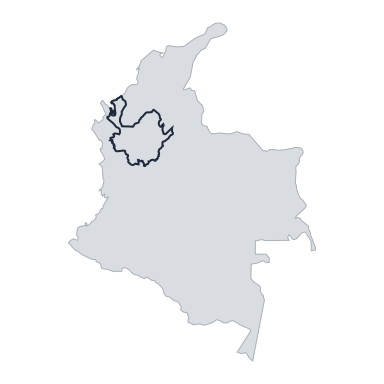 location of Antioquia within Colombia
{"feature_id": "COL-1314", "entity_name": "Antioquia", "entity_type": "Department", "adm_level": 1, "iso_a3": "COL", "parent_name": "Colombia", "parent_adm1": "", "projection": "orthographic", "projection_center": [-75.909, 7.152], "detail": "fine", "context": "in_parent", "style": "outline", "palette": "slate", "viewbox_px": 384, "rotation_deg": 0, "n_neighbors": 0, "source": "natural_earth", "source_scale": "10m", "svg_char_len": 9405}
<svg xmlns="http://www.w3.org/2000/svg" viewBox="0 0 384 384"><path d="M223.5,34.6L219.3,36.4L210.9,38.7L205.2,48.3L201.3,50.0L196.5,55.7L193.0,62.7L190.3,77.1L183.2,89.2L183.8,89.8L186.7,89.2L189.4,87.9L190.4,88.2L191.4,90.4L194.7,90.9L197.4,100.7L202.5,105.7L203.0,107.6L203.7,111.7L201.9,114.1L201.5,123.2L203.1,125.4L206.9,126.3L209.4,131.8L211.0,133.1L213.3,133.9L218.8,133.0L228.7,133.9L231.0,133.7L236.6,131.7L243.6,134.0L248.9,134.3L263.2,151.0L264.6,150.5L266.4,151.5L270.0,149.7L273.1,149.4L277.1,150.2L282.4,150.1L293.1,148.2L294.7,147.2L300.6,148.0L302.3,149.3L303.2,152.4L302.5,154.4L300.5,156.4L299.4,158.9L299.3,162.0L298.2,164.3L296.4,165.8L295.7,167.9L296.1,170.7L295.3,183.5L296.1,184.5L296.8,189.8L299.3,196.5L300.5,198.4L302.6,200.0L306.4,205.5L305.6,207.4L296.0,216.4L295.5,218.4L297.3,217.5L300.3,218.3L301.4,220.4L308.6,226.3L308.5,228.7L310.6,233.2L310.3,234.2L315.3,247.2L315.5,249.9L311.3,250.8L311.1,242.0L310.5,240.3L305.8,232.6L304.8,232.0L301.7,232.9L296.5,238.8L294.0,239.6L292.1,238.9L290.1,235.5L288.8,234.9L287.6,237.8L289.2,240.3L266.1,240.6L261.5,239.6L255.4,241.0L255.3,254.2L266.3,254.2L269.3,258.0L269.0,261.1L269.5,262.1L266.9,262.8L263.0,260.8L256.2,263.4L251.2,264.0L250.9,278.5L253.9,282.1L259.8,285.9L260.6,288.5L260.2,291.0L261.6,294.1L263.5,295.8L263.5,297.6L264.5,299.7L252.7,361.0L248.7,357.3L247.2,354.0L245.2,352.6L241.3,353.7L237.2,352.1L250.7,331.2L250.3,329.4L239.1,324.4L237.9,323.2L232.6,320.5L229.7,321.3L228.0,322.7L223.9,323.1L220.6,321.0L216.7,319.6L212.0,323.1L210.5,323.1L207.2,324.6L203.6,325.2L198.9,323.7L195.1,324.8L192.5,324.6L191.5,323.5L188.2,322.3L187.8,320.9L188.7,318.3L187.3,313.3L186.8,312.4L184.2,312.4L181.2,310.6L180.6,309.5L181.3,307.4L180.7,305.7L177.8,301.6L173.7,300.6L169.9,297.2L165.9,296.1L164.1,293.6L162.4,288.2L158.4,283.9L155.6,282.5L154.6,280.5L151.7,280.3L147.8,277.5L146.0,277.3L144.8,278.6L141.1,277.3L138.0,275.2L134.7,274.7L132.6,273.4L128.8,269.5L124.7,267.6L122.3,268.3L121.5,271.2L120.1,271.7L115.3,271.0L114.5,271.6L113.3,271.5L107.5,269.3L101.7,268.5L100.3,263.5L96.6,261.8L95.5,259.5L92.9,259.7L83.0,255.2L79.0,252.1L75.5,250.3L71.9,246.8L71.3,245.4L68.5,243.4L69.9,240.8L73.3,238.8L77.7,240.4L78.2,237.3L76.6,234.6L77.4,228.5L78.6,227.2L81.0,226.0L82.5,226.4L83.4,225.4L87.0,225.9L88.1,225.5L90.8,223.1L92.0,221.1L93.2,221.3L96.2,218.0L95.7,214.7L98.4,214.0L101.3,208.6L102.6,208.5L103.2,205.9L108.3,197.0L106.4,198.0L104.5,197.4L104.8,194.4L104.2,194.0L102.6,196.3L101.2,194.0L101.5,190.2L99.3,190.9L99.4,190.0L102.7,187.1L104.0,180.5L103.0,178.1L102.3,168.2L101.7,166.4L99.0,163.9L103.3,161.1L104.8,158.9L102.9,154.5L100.4,150.8L100.3,148.6L101.8,148.8L102.5,142.7L101.1,140.4L99.3,140.3L93.7,131.2L91.7,129.3L93.2,125.0L94.9,123.1L94.6,119.8L95.7,119.9L98.1,123.0L99.1,122.5L102.9,119.7L103.0,117.0L106.0,114.2L101.8,104.9L100.4,103.5L102.1,100.5L103.1,100.7L104.8,103.6L107.4,105.5L111.3,110.7L113.0,111.8L111.8,113.0L111.5,114.2L112.1,114.9L114.3,115.1L115.2,113.6L114.6,107.4L113.7,104.2L111.6,102.0L112.3,101.0L116.3,99.5L124.6,93.5L127.5,87.9L129.7,85.9L132.1,84.5L135.1,84.8L137.5,84.1L138.2,82.3L136.6,78.4L138.4,73.1L138.3,70.4L139.5,68.8L139.1,68.1L136.1,70.0L139.2,66.3L141.3,60.5L153.3,50.3L161.2,52.8L163.6,52.6L160.4,53.9L159.9,55.3L161.1,56.9L162.3,57.3L163.3,56.3L165.9,50.4L166.2,47.1L167.4,46.0L169.0,45.6L176.7,46.9L183.9,46.4L195.7,37.9L204.5,34.2L206.7,30.7L207.2,28.1L208.8,27.1L210.5,27.1L211.5,25.6L215.5,23.3L219.9,23.0L224.5,25.0L226.7,28.4L227.1,30.8L223.5,34.6ZM87.1,224.8L86.6,225.3L85.5,224.5L85.2,223.4L85.8,222.7L86.6,222.9L87.1,224.8Z" fill="#d9dde1" stroke="#a8b0b8" stroke-width="1"/><path d="M110.3,108.5L110.5,108.5L110.6,108.2L110.8,108.2L110.9,108.5L110.9,108.8L110.6,108.7L110.6,109.2L110.8,109.5L111.0,109.7L111.3,109.5L111.3,109.9L111.6,109.6L111.7,109.8L111.5,110.2L111.5,110.5L111.0,110.3L111.2,111.1L111.7,111.4L112.1,111.3L112.2,110.9L113.4,110.9L113.2,111.3L113.1,111.5L113.3,111.7L113.5,111.6L112.8,112.0L113.1,112.2L113.3,112.4L113.3,112.6L113.1,112.4L112.7,112.4L112.9,112.6L113.3,112.9L113.4,113.1L112.9,112.9L112.3,112.7L111.9,112.8L111.6,113.1L111.7,113.3L111.3,114.4L111.9,115.1L113.0,115.5L114.2,115.5L114.7,115.4L114.9,115.3L115.0,115.1L115.1,114.9L115.0,114.5L115.1,114.3L115.3,114.1L115.3,113.9L115.4,112.6L115.4,112.1L115.2,111.6L115.1,111.9L115.2,112.1L114.9,111.8L114.9,111.4L114.9,110.9L115.1,110.2L115.0,109.8L114.8,109.1L114.7,108.4L114.7,105.6L114.6,105.2L114.0,104.9L113.9,104.6L113.8,104.3L113.7,103.9L113.3,103.5L112.7,103.1L111.9,102.7L111.3,102.6L111.3,102.8L111.1,102.6L111.4,102.0L111.9,101.5L112.2,101.0L114.2,100.4L114.7,100.4L116.6,99.8L116.9,99.7L117.0,99.5L117.0,99.1L117.1,98.9L117.3,98.7L117.2,98.6L117.5,98.4L118.9,97.9L119.2,97.7L120.1,96.8L121.2,96.0L121.9,96.6L122.0,97.0L122.4,98.6L122.9,99.3L123.2,99.9L123.5,100.2L124.6,100.6L124.9,100.9L125.6,101.9L125.8,103.6L125.9,104.5L125.8,105.3L124.8,106.6L123.8,108.0L122.7,110.1L122.1,111.0L121.7,111.7L121.8,113.6L121.7,114.1L121.5,115.1L120.7,116.3L120.0,119.0L120.0,120.9L120.1,121.9L121.4,124.6L122.0,126.3L129.6,126.5L132.9,126.7L133.1,126.6L133.3,126.5L133.4,125.9L134.9,123.9L135.4,123.5L136.2,123.3L137.4,123.0L138.1,122.7L138.5,122.5L139.0,121.7L139.4,120.0L139.6,119.7L140.0,119.4L140.5,119.0L141.1,117.6L141.5,117.3L142.5,116.6L143.1,116.1L143.8,115.1L145.1,113.8L145.8,112.8L146.1,112.6L146.6,112.5L148.1,112.3L148.5,112.3L148.9,112.5L149.2,112.5L149.4,112.4L149.7,112.2L150.0,112.2L150.4,112.2L151.6,112.2L152.2,111.4L152.7,110.5L153.0,110.2L153.4,109.9L153.7,109.8L158.5,113.7L158.9,114.3L159.2,114.9L159.4,115.1L159.6,115.7L159.9,117.7L160.1,118.3L160.3,118.7L160.8,119.0L160.9,119.3L160.8,119.6L160.5,120.2L160.2,120.6L159.7,120.9L159.3,121.2L159.0,121.7L158.8,123.4L158.8,124.0L158.9,124.5L159.3,125.4L160.0,126.3L160.4,126.7L160.8,126.8L161.2,126.7L161.6,126.3L161.9,126.0L162.2,125.1L162.5,124.7L163.3,124.1L163.6,125.2L163.5,125.7L163.4,126.1L162.8,126.8L162.6,127.0L162.6,127.5L162.6,128.0L162.6,128.8L162.4,129.5L162.5,130.0L162.6,130.6L163.0,131.4L163.1,132.1L163.4,132.6L163.5,133.5L163.7,133.8L164.2,134.0L164.6,134.1L165.2,134.0L165.6,134.1L172.1,127.9L171.9,128.8L172.1,131.4L172.2,131.9L172.7,132.5L172.8,132.8L172.9,133.6L172.7,134.2L172.2,134.5L170.5,135.4L170.4,135.5L170.2,135.8L169.4,136.7L168.8,137.9L168.5,138.3L164.8,141.1L164.0,141.5L163.2,141.6L162.9,141.7L162.4,142.9L162.5,144.8L162.5,145.0L162.9,145.4L163.0,145.6L163.0,145.8L162.9,146.1L162.6,146.3L162.3,146.2L161.4,147.6L160.9,148.2L159.6,149.1L159.2,149.5L159.0,150.1L158.8,150.9L158.6,151.4L158.5,151.7L158.5,152.0L158.9,152.5L159.0,152.9L159.1,153.2L159.0,154.0L159.1,154.4L159.0,154.6L158.5,154.9L158.5,155.3L158.8,156.1L158.7,156.3L158.4,156.4L158.2,156.7L157.9,157.0L157.8,157.3L157.6,158.6L157.3,159.1L157.2,159.2L156.9,159.0L156.5,159.0L156.3,159.1L156.0,159.7L155.9,160.1L155.7,160.6L155.0,160.8L154.8,160.7L154.0,160.2L153.6,159.8L153.2,159.7L152.0,159.9L150.7,160.3L150.3,160.9L150.0,161.1L149.4,161.4L148.6,161.4L148.6,162.0L148.6,162.7L148.5,163.0L147.8,163.8L147.8,164.0L147.6,164.1L147.1,164.1L146.8,164.2L146.1,164.6L145.8,164.9L145.1,166.0L144.9,166.0L144.6,165.2L144.0,165.4L144.1,164.7L144.1,164.3L143.6,162.9L143.4,162.7L143.0,162.5L142.8,162.3L142.8,162.1L142.8,161.5L142.8,161.3L142.7,161.1L142.4,161.0L142.1,160.8L141.8,160.7L140.9,161.2L140.6,161.2L139.7,160.9L139.5,160.7L139.4,160.4L139.2,160.2L138.9,160.1L138.3,159.9L138.0,159.9L138.1,160.6L138.2,160.9L138.5,161.0L138.4,161.6L138.3,161.9L138.7,163.0L138.7,163.4L138.7,163.8L138.6,164.3L138.1,164.1L137.6,164.2L137.2,164.1L136.7,164.1L136.3,163.9L135.8,163.5L135.5,163.5L134.2,164.5L133.1,164.9L132.6,165.0L131.7,164.8L131.0,164.5L130.5,164.3L130.2,163.9L129.9,163.4L129.3,163.1L128.5,162.3L128.4,162.1L128.2,161.8L128.2,161.4L128.5,160.6L128.4,160.0L127.7,158.8L127.4,157.8L127.5,157.3L128.1,155.9L127.9,155.0L127.4,154.7L126.9,154.7L126.4,154.5L125.8,153.8L125.3,152.5L125.1,151.3L125.0,150.9L124.6,150.7L123.9,150.6L123.1,150.6L122.3,150.7L121.7,150.8L119.5,151.0L118.7,151.2L117.0,151.3L116.5,151.2L116.0,151.0L115.7,150.8L115.5,150.6L115.5,150.2L115.3,149.8L114.7,149.2L114.6,148.6L114.2,148.5L114.0,148.3L113.9,148.0L114.0,147.6L114.1,147.3L114.3,147.1L114.0,147.0L114.2,146.6L114.2,146.4L113.9,145.8L114.2,145.8L114.3,145.6L114.0,145.5L113.9,145.3L114.0,145.0L114.2,144.8L114.2,144.6L113.7,144.0L113.3,143.9L113.1,143.7L112.9,143.5L112.9,143.1L112.8,142.8L112.6,142.6L112.4,142.5L112.1,142.6L112.0,142.3L112.0,141.9L112.2,141.6L112.3,141.6L112.5,141.7L112.6,141.4L112.1,141.3L111.9,141.2L111.8,140.8L111.9,140.4L111.7,140.5L111.5,140.8L111.3,140.8L111.2,140.7L111.1,140.2L110.9,140.1L110.5,140.1L110.9,139.7L111.0,139.5L110.9,139.4L110.6,139.1L110.6,138.9L110.5,138.1L110.5,137.9L111.4,137.7L111.7,137.6L112.3,137.3L113.3,137.3L113.5,137.1L113.8,136.9L114.0,136.6L114.1,136.3L114.0,135.6L113.9,135.2L113.4,134.8L113.3,134.4L113.4,134.1L113.7,133.9L114.1,133.8L114.6,133.6L115.9,133.5L116.4,133.6L118.0,134.0L118.7,134.2L119.1,134.3L119.8,133.2L120.0,132.6L119.9,130.3L119.5,129.0L119.2,128.6L118.1,127.7L117.8,127.6L117.1,127.5L116.6,127.2L116.2,126.9L114.6,124.8L112.5,122.6L110.4,121.0L107.8,118.7L107.4,118.1L107.6,118.0L107.6,117.8L107.6,117.7L107.6,116.9L108.1,117.0L108.6,116.7L109.0,116.3L109.3,116.1L109.6,115.8L109.9,113.7L110.1,113.4L110.2,113.2L110.6,112.9L110.7,112.6L110.8,112.4L110.9,111.9L110.8,110.2L110.6,109.5L110.3,108.5Z" fill="none" stroke="#1e293b" stroke-width="2"/></svg>